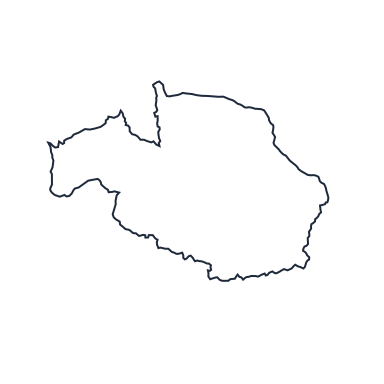 Santa Margarida do Sul, Rio Grande do Sul, Brazil (Mercator projection), rotated 140°
{"feature_id": "56859067B58398228642576", "entity_name": "Santa Margarida do Sul", "entity_type": "district", "adm_level": 2, "iso_a3": "BRA", "parent_name": "Brazil", "parent_adm1": "Rio Grande do Sul", "projection": "mercator", "projection_center": [-54.09, -30.371], "detail": "fine", "context": "isolated", "style": "outline", "palette": "slate", "viewbox_px": 384, "rotation_deg": 140, "n_neighbors": 0, "source": "geoboundaries", "source_scale": "gbopen_adm2", "svg_char_len": 3879}
<svg xmlns="http://www.w3.org/2000/svg" viewBox="0 0 384 384"><g transform="rotate(140 192 192)"><path d="M296.3,273.4L291.6,271.7L291.0,269.3L288.7,267.9L285.3,268.1L281.0,269.8L279.3,269.9L275.9,268.3L264.2,267.4L255.9,262.7L255.3,260.5L255.6,258.1L256.7,256.1L256.0,250.9L255.0,247.6L256.0,245.4L253.0,243.3L251.0,242.4L249.6,240.3L248.2,238.4L251.7,237.9L256.1,234.5L258.4,231.6L267.1,225.9L268.2,223.0L267.9,220.1L266.4,215.8L268.0,213.3L267.4,210.3L266.8,206.3L264.4,203.3L263.5,198.3L261.5,196.4L260.8,192.3L257.0,190.6L255.6,188.9L257.0,187.1L254.9,185.4L252.8,186.7L249.8,184.2L250.0,180.2L249.1,177.5L251.4,176.0L252.7,173.9L253.8,170.6L252.0,169.8L249.1,165.9L246.6,163.7L246.0,159.1L244.9,157.5L244.0,155.3L243.0,153.9L240.5,152.6L238.5,151.8L239.5,148.9L241.0,147.2L240.8,145.0L238.9,144.5L235.8,144.9L233.9,144.1L233.7,140.8L234.1,139.0L234.2,137.0L232.1,136.2L230.8,134.3L229.5,133.1L228.1,131.0L226.5,127.6L225.1,126.4L224.6,123.7L226.3,122.4L227.3,120.1L229.0,120.1L230.2,121.7L231.6,119.2L233.8,116.7L234.1,113.5L229.4,111.6L227.5,110.5L227.2,106.8L225.9,104.5L223.7,102.7L221.2,100.6L219.1,100.7L217.6,99.9L214.9,98.0L212.1,99.0L210.1,99.4L210.3,96.6L209.1,95.0L209.2,92.0L206.4,92.1L204.5,91.6L203.2,90.6L200.6,89.6L198.8,88.1L197.1,86.5L195.8,84.7L191.5,83.8L188.7,82.8L189.1,80.6L187.4,80.0L184.8,80.5L181.5,79.5L180.8,76.9L179.7,75.5L178.0,75.1L175.7,74.6L173.9,74.4L171.1,73.8L169.1,70.6L166.7,69.9L164.8,69.4L161.2,69.9L159.6,69.9L158.8,67.2L157.3,65.0L155.8,61.8L153.8,62.0L151.7,63.3L150.0,64.5L147.4,65.3L145.7,65.0L144.1,66.7L144.5,69.5L143.9,71.5L144.0,73.5L144.7,75.5L143.3,76.9L140.9,77.9L139.0,77.2L136.5,77.6L134.1,80.8L132.9,82.4L130.5,82.8L129.0,84.6L128.1,86.3L126.2,86.8L124.3,87.4L122.8,89.3L121.2,90.6L118.9,90.3L116.6,90.4L115.2,92.0L113.1,91.9L110.7,92.3L108.7,93.4L106.3,93.4L105.0,95.8L102.6,99.4L100.5,98.3L98.0,97.2L96.3,98.0L95.0,97.1L93.3,98.1L91.2,99.9L89.1,104.5L88.2,106.7L87.3,108.2L86.3,110.7L85.7,113.3L86.9,115.9L87.1,118.2L86.2,120.2L85.4,122.4L86.5,124.9L87.9,126.7L90.6,128.7L92.5,131.0L93.2,133.1L94.9,137.6L95.7,141.0L95.3,142.8L95.4,145.6L96.0,148.6L96.9,153.2L96.7,159.5L97.8,161.8L98.2,164.3L98.3,166.9L98.1,168.9L98.4,171.9L98.7,175.2L97.9,177.3L95.2,179.1L93.0,180.8L92.5,183.8L92.3,185.6L90.5,187.0L88.2,189.0L86.9,190.9L87.5,194.2L86.8,197.6L85.5,199.4L85.1,201.9L84.5,206.0L84.3,208.3L85.8,211.0L88.8,214.0L90.1,215.1L91.5,217.4L93.6,220.1L96.2,221.8L97.3,223.2L97.9,225.7L98.7,227.8L100.4,230.5L101.2,234.5L102.1,236.7L103.7,239.0L106.7,244.9L110.4,247.8L115.7,253.0L118.5,255.7L122.6,259.3L126.1,263.1L129.1,267.1L132.7,270.8L135.6,274.0L137.7,274.4L140.6,275.5L145.0,278.2L147.6,279.6L149.6,281.7L149.0,284.5L148.4,286.8L147.7,288.8L145.3,292.6L145.6,294.8L146.0,297.7L148.2,298.6L151.3,299.0L153.0,299.1L153.8,297.3L153.6,295.1L154.9,292.9L156.2,290.5L157.1,288.1L159.0,287.1L160.0,285.5L162.2,283.4L164.0,281.9L164.8,279.8L166.0,277.0L167.8,276.4L170.1,276.9L171.6,273.3L169.6,272.2L172.3,268.8L174.5,267.1L176.2,264.3L175.3,262.5L176.5,260.7L179.1,259.8L180.9,257.4L182.7,254.3L183.6,251.4L186.0,250.9L187.4,248.1L188.9,251.3L188.9,255.5L191.3,256.2L193.8,260.1L195.2,262.9L197.9,265.2L197.9,269.5L198.8,272.2L200.7,274.7L200.7,278.5L198.3,281.6L198.3,284.0L199.7,285.9L198.0,287.3L198.0,289.4L196.1,291.2L196.2,293.6L194.5,296.9L194.3,300.1L196.0,299.2L198.0,298.1L200.3,297.8L204.1,299.0L205.6,301.1L207.6,303.5L209.2,302.1L211.9,302.3L213.8,300.3L216.8,300.3L220.3,300.7L225.5,303.0L230.0,305.4L233.6,309.0L240.3,310.2L245.6,312.0L249.4,311.4L253.5,313.0L256.9,313.5L258.5,311.7L260.2,311.9L261.4,316.1L264.2,313.8L265.7,312.5L268.2,314.0L268.9,316.8L269.2,320.3L270.4,322.2L271.5,317.3L274.2,313.3L275.4,309.9L276.8,308.3L278.0,305.1L282.9,300.6L287.2,298.5L287.8,295.8L294.5,287.7L298.4,285.8L299.5,284.2L299.7,281.5L299.1,278.0L296.3,273.4Z" fill="none" stroke="#1e293b" stroke-width="2"/></g></svg>